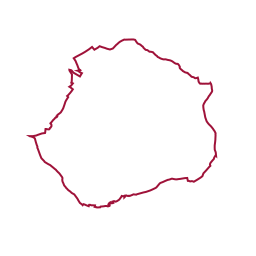 outline of Ludos, Sibiu, Romania, rotated 106°
{"feature_id": "2599482B73339255200359", "entity_name": "Ludos", "entity_type": "district", "adm_level": 2, "iso_a3": "ROU", "parent_name": "Romania", "parent_adm1": "Sibiu", "projection": "orthographic", "projection_center": [23.908, 45.934], "detail": "fine", "context": "isolated", "style": "outline", "palette": "rose", "viewbox_px": 256, "rotation_deg": 106, "n_neighbors": 0, "source": "geoboundaries", "source_scale": "gbopen_adm2", "svg_char_len": 5705}
<svg xmlns="http://www.w3.org/2000/svg" viewBox="0 0 256 256"><g transform="rotate(106 128 128)"><path d="M214.7,150.3L214.2,150.1L213.5,149.8L213.5,149.4L213.5,148.5L213.7,147.4L214.0,144.2L213.5,144.2L212.6,144.2L212.3,143.4L212.4,141.8L212.3,141.4L212.1,140.9L211.5,138.4L213.0,138.3L212.9,137.9L212.8,136.9L213.0,136.7L212.8,135.5L211.9,132.9L211.1,132.7L209.9,129.6L209.2,128.3L208.9,127.0L208.9,125.7L208.0,124.3L207.3,124.3L207.2,124.6L207.1,125.7L207.0,125.8L206.7,125.8L206.2,125.6L205.8,125.0L205.0,125.2L204.0,124.1L205.0,123.4L204.7,122.6L204.4,121.9L204.0,121.4L202.8,122.3L202.4,121.8L202.1,121.0L202.2,119.5L201.1,118.2L200.5,117.7L199.3,116.7L197.5,116.0L196.1,115.5L195.1,115.3L195.2,114.7L194.9,114.3L194.7,113.2L194.9,113.0L194.8,112.8L194.4,112.9L194.2,112.8L194.3,112.6L195.0,112.6L195.7,112.4L194.8,111.9L193.3,111.3L193.4,109.7L193.3,108.9L192.8,108.4L192.9,107.7L191.2,105.5L190.3,104.5L189.8,101.7L189.2,101.1L185.7,95.4L184.8,93.7L184.4,93.0L181.9,89.4L180.3,87.5L178.0,84.9L177.6,84.6L177.2,84.3L176.1,83.8L172.7,82.3L172.1,81.9L171.8,81.6L170.4,79.7L168.6,77.6L166.9,75.5L166.6,74.8L165.6,73.2L164.8,72.2L164.6,71.7L164.5,71.1L164.5,70.5L164.3,68.3L164.1,67.6L163.9,66.8L163.5,66.1L162.5,63.7L160.4,59.3L160.1,58.4L159.7,57.3L162.3,55.9L162.1,54.9L162.2,53.6L162.0,53.0L161.8,52.8L161.5,52.0L161.4,51.3L161.4,50.7L161.5,50.1L161.5,49.9L158.3,46.9L155.6,44.5L153.8,43.2L150.8,43.0L147.5,41.3L142.8,39.1L141.8,38.4L141.4,38.5L141.0,38.9L140.4,39.2L139.6,39.2L138.9,39.1L138.1,38.8L135.6,37.7L134.3,37.0L133.1,37.0L132.4,36.9L130.2,36.3L130.1,36.2L130.4,35.7L127.6,36.8L126.7,37.3L125.3,38.4L124.5,38.8L123.8,39.0L122.9,39.3L120.7,39.9L117.9,40.3L115.1,40.8L114.4,41.0L110.6,41.9L109.7,42.3L109.1,42.3L108.7,42.5L107.7,43.4L106.9,44.2L106.0,45.4L105.4,46.0L104.4,47.4L103.5,48.7L102.1,51.3L101.2,52.6L100.1,54.0L99.8,54.3L98.1,55.5L97.0,56.3L96.2,56.8L91.0,59.4L90.6,59.7L89.8,60.2L88.7,60.7L87.3,61.3L85.5,61.9L83.3,61.7L82.6,61.4L80.9,61.1L78.8,60.1L77.5,59.6L75.2,59.1L73.8,58.5L72.4,58.1L71.6,57.8L69.9,57.3L69.4,57.3L68.8,57.4L66.8,58.4L65.1,59.0L63.1,60.1L62.5,60.6L62.1,61.1L62.4,61.1L62.5,61.2L62.7,61.6L62.9,62.2L63.3,63.0L63.4,63.4L64.0,65.6L64.1,66.1L64.4,66.8L64.7,68.1L65.0,68.8L65.1,69.3L65.1,69.9L65.5,70.7L65.5,71.0L65.2,71.4L65.1,71.7L64.5,72.3L64.1,72.8L63.4,73.2L62.4,73.6L61.1,74.3L60.3,74.8L60.9,75.6L61.4,76.5L61.6,77.2L61.6,77.5L61.3,78.1L61.2,78.6L61.1,79.3L61.2,80.7L61.2,81.0L61.0,81.4L60.0,83.2L59.3,84.9L58.8,85.6L58.6,86.0L58.8,86.9L58.7,87.7L58.8,88.3L58.5,89.6L58.3,90.0L58.1,91.1L57.7,91.6L56.9,93.5L56.5,94.1L56.2,94.6L56.0,94.8L55.6,95.0L55.1,95.0L54.8,95.1L53.9,96.0L53.3,96.7L52.9,97.3L52.7,97.7L52.7,98.2L53.0,99.5L52.9,100.1L52.8,100.8L52.2,102.5L51.8,103.5L51.6,104.3L51.4,105.6L51.4,106.6L51.5,107.7L51.6,108.6L51.6,110.0L51.6,110.7L51.9,111.8L52.1,112.1L52.2,112.6L52.3,113.9L52.2,115.5L52.0,116.8L51.7,117.7L51.6,118.5L51.6,118.8L51.3,119.4L50.8,120.0L50.4,121.2L49.8,122.5L49.3,123.1L49.1,123.8L48.7,124.3L48.4,124.6L48.3,125.8L48.4,126.7L48.5,127.6L48.7,128.1L48.7,128.4L48.6,128.8L48.0,130.2L47.8,131.0L47.9,131.7L48.0,132.4L47.9,132.8L47.7,133.2L47.3,133.9L46.7,135.1L46.2,135.6L45.9,136.0L45.7,136.2L45.4,137.2L44.6,138.8L44.4,139.3L44.4,139.9L44.2,140.8L44.2,141.5L44.1,141.9L43.9,142.3L42.8,143.8L41.9,144.8L41.4,145.3L41.3,145.6L41.4,147.1L41.9,148.9L42.4,150.5L43.1,152.7L43.8,154.8L44.0,155.6L44.0,155.9L44.5,156.6L44.9,156.9L45.2,157.4L45.6,157.8L46.0,158.2L47.2,159.4L48.5,160.4L50.2,161.4L51.5,162.3L54.3,163.7L55.8,164.5L57.5,167.0L57.6,170.1L57.4,172.3L57.4,174.3L57.4,175.1L57.2,177.8L58.3,178.6L59.2,179.2L62.0,181.9L60.0,184.9L63.1,187.2L66.7,190.3L69.0,192.5L74.2,197.9L75.9,199.4L76.8,198.3L77.1,198.0L78.0,196.9L80.3,195.1L81.6,194.0L83.0,193.0L84.2,192.1L84.9,191.4L85.2,190.8L85.4,190.3L85.5,189.8L85.6,189.7L85.9,190.1L85.9,190.4L86.2,190.8L86.5,191.8L86.8,192.3L86.8,192.0L87.1,190.7L87.4,190.4L87.5,190.0L87.8,189.1L87.8,188.6L88.0,187.4L88.9,187.7L91.7,188.4L89.9,195.5L89.8,195.8L88.4,197.8L88.2,198.3L88.1,198.7L88.2,200.4L88.7,200.2L89.0,200.0L92.0,196.6L95.5,195.7L98.8,194.9L100.1,195.0L100.2,193.9L100.3,193.3L101.6,193.8L102.9,194.4L103.4,194.8L104.5,195.7L104.8,194.6L105.2,193.6L106.0,191.7L106.3,191.8L107.6,192.2L110.3,193.3L111.7,194.0L112.6,194.4L113.4,194.9L114.0,195.3L114.8,194.0L118.1,195.0L119.9,195.4L123.1,195.5L126.8,195.7L128.3,196.0L131.5,196.9L133.1,198.0L133.9,198.7L135.1,199.5L135.7,199.4L135.9,199.2L136.1,199.3L136.2,199.8L136.3,199.9L136.6,199.8L136.9,199.4L137.2,199.5L137.6,199.9L137.6,200.0L137.6,200.3L138.4,200.8L139.6,201.3L141.1,202.2L143.1,203.0L144.9,203.9L145.3,203.5L145.5,202.9L145.7,202.7L146.0,202.5L147.2,202.1L147.5,202.1L149.1,202.6L149.3,202.8L149.6,203.1L150.4,203.1L151.0,203.4L151.2,203.7L151.5,205.6L151.5,206.4L151.7,207.0L155.0,206.4L155.7,206.4L156.4,208.0L157.0,209.3L159.6,213.0L160.5,214.1L162.0,217.1L162.9,220.3L163.0,219.9L162.8,219.1L162.9,218.1L162.9,217.2L163.1,216.3L163.4,215.2L163.6,214.8L164.1,214.4L166.8,212.8L169.4,211.1L170.8,210.0L172.0,209.7L172.9,208.9L178.3,205.0L180.7,203.1L181.0,202.8L182.9,199.5L183.6,198.7L184.6,195.1L184.8,194.3L185.0,193.0L185.2,192.4L185.6,191.4L185.9,191.0L186.0,190.5L187.7,186.7L187.8,186.4L188.0,185.8L188.5,185.2L189.8,183.0L190.1,182.3L190.7,181.3L191.3,180.5L193.4,177.8L194.0,177.3L195.0,177.0L195.3,177.0L196.0,176.9L197.0,176.4L197.5,176.2L199.1,174.8L200.3,173.9L200.7,173.6L201.3,172.8L201.8,171.9L202.3,171.4L202.6,171.0L202.9,170.5L203.1,170.0L203.9,168.8L204.3,168.0L204.7,166.8L205.0,166.0L205.9,164.3L206.2,163.2L206.6,161.4L206.9,161.0L209.6,157.5L210.5,156.5L211.2,155.9L211.7,155.3L213.0,153.9L213.3,153.5L214.2,151.1L214.7,150.3Z" fill="none" stroke="#9f1239" stroke-width="2"/></g></svg>